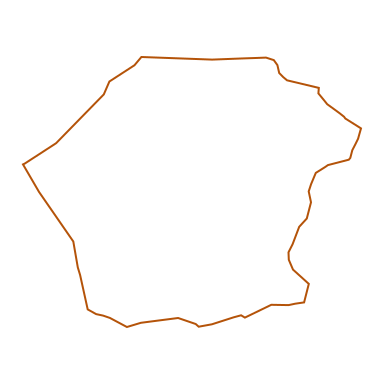 Ikot Ekpene, Akwa Ibom, Nigeria, rotated 270°
{"feature_id": "59680162B36804655757784", "entity_name": "Ikot Ekpene", "entity_type": "district", "adm_level": 2, "iso_a3": "NGA", "parent_name": "Nigeria", "parent_adm1": "Akwa Ibom", "projection": "albers", "projection_center": [7.709, 5.2], "detail": "fine", "context": "isolated", "style": "outline", "palette": "amber", "viewbox_px": 384, "rotation_deg": 270, "n_neighbors": 0, "source": "geoboundaries", "source_scale": "gbopen_adm2", "svg_char_len": 954}
<svg xmlns="http://www.w3.org/2000/svg" viewBox="0 0 384 384"><g transform="rotate(270 192 192)"><path d="M290.6,318.4L296.1,318.8L303.7,287.0L307.0,283.1L311.0,279.2L318.9,277.4L323.9,273.8L326.4,266.0L326.0,255.5L325.7,246.4L325.5,240.9L324.4,212.2L327.0,141.4L318.8,134.5L302.5,109.4L289.6,103.8L240.8,56.1L220.4,24.7L219.6,23.0L192.1,39.0L142.5,73.3L116.6,77.8L109.0,80.1L74.6,87.7L69.9,96.1L68.4,103.1L66.0,110.1L65.8,110.4L57.0,126.9L61.2,140.9L62.6,151.7L66.0,178.1L60.0,195.7L57.3,198.7L59.7,211.9L66.7,233.7L68.7,241.1L66.4,244.9L79.2,271.3L78.9,288.6L80.3,295.2L81.6,304.1L100.1,308.8L114.4,293.0L124.2,288.8L131.7,288.5L139.8,292.6L157.2,299.2L165.5,306.8L181.7,311.0L192.6,308.7L199.9,311.1L211.1,315.8L217.2,325.5L218.9,327.9L224.3,348.8L226.1,350.3L233.8,352.3L239.8,355.4L245.3,358.1L249.3,359.2L255.6,361.0L265.5,345.3L267.2,344.1L271.0,339.3L279.8,327.2L283.8,324.0L290.6,318.4Z" fill="none" stroke="#b45309" stroke-width="2"/></g></svg>